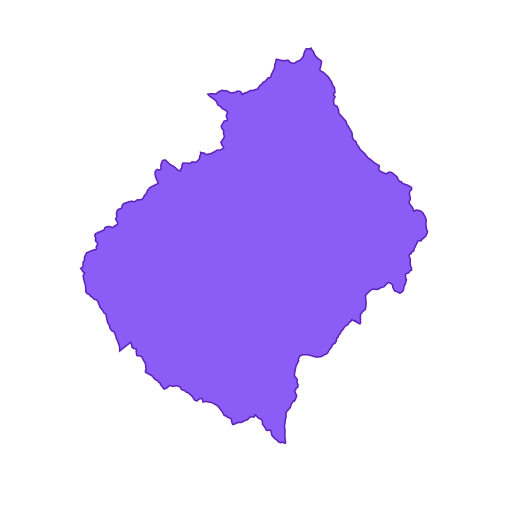 Daniel Alcides Carrion, Pasco, Peru (Natural Earth projection), rotated 346°
{"feature_id": "86281439B88138122201247", "entity_name": "Daniel Alcides Carrion", "entity_type": "district", "adm_level": 2, "iso_a3": "PER", "parent_name": "Peru", "parent_adm1": "Pasco", "projection": "natural_earth1", "projection_center": [-76.463, -10.516], "detail": "fine", "context": "isolated", "style": "filled", "palette": "violet", "viewbox_px": 512, "rotation_deg": 346, "n_neighbors": 0, "source": "geoboundaries", "source_scale": "gbopen_adm2", "svg_char_len": 6051}
<svg xmlns="http://www.w3.org/2000/svg" viewBox="0 0 512 512"><g transform="rotate(346 256 256)"><path d="M248.4,87.4L249.5,89.5L253.8,94.5L255.0,96.6L255.6,100.4L257.5,102.0L258.8,104.6L262.3,107.9L263.3,109.7L261.8,111.3L260.9,113.2L261.4,116.5L261.0,117.5L257.7,117.4L253.6,121.7L253.7,123.6L255.0,126.8L254.1,129.0L254.3,132.2L253.3,133.7L249.5,137.0L249.7,139.9L250.8,142.2L250.8,143.0L250.5,143.4L246.9,144.6L243.6,143.8L241.2,144.9L238.7,145.1L237.2,146.0L235.6,145.6L232.3,145.6L230.3,143.3L228.6,142.9L227.3,142.0L226.9,144.1L225.8,145.1L224.4,148.3L221.7,149.9L219.9,150.5L216.8,149.1L214.7,150.2L207.6,148.1L206.6,149.2L205.4,152.3L204.2,153.3L203.1,155.3L201.1,153.9L198.4,149.8L194.5,146.1L191.3,140.9L189.2,140.6L188.3,140.9L186.4,143.4L185.5,145.3L185.1,147.9L184.2,149.1L183.0,149.2L181.1,148.1L179.7,148.7L178.4,150.2L177.8,152.2L177.8,156.3L178.8,161.3L178.4,161.9L169.3,164.0L168.6,164.9L166.9,165.8L164.8,168.8L162.1,170.5L161.1,172.0L159.4,173.2L157.0,173.5L154.5,172.7L151.3,174.1L148.9,172.8L145.7,172.6L140.5,173.1L139.3,173.7L138.1,175.1L137.6,176.7L136.7,177.2L133.5,177.5L132.4,178.2L130.7,181.4L130.7,183.8L128.7,186.2L129.9,190.5L129.3,191.5L127.8,192.3L125.8,192.7L124.4,193.7L123.8,193.7L120.4,191.7L117.4,191.6L116.2,192.1L114.6,194.2L112.7,194.2L110.3,194.9L108.3,194.7L107.4,195.3L105.6,195.5L104.5,197.2L104.8,199.7L104.0,201.8L104.2,203.4L105.1,204.5L105.2,206.3L103.3,208.2L102.8,210.7L101.9,211.1L99.7,210.8L92.4,211.9L89.1,215.9L88.9,217.9L88.3,218.8L86.7,220.2L85.6,224.3L84.1,225.4L82.9,225.5L84.4,229.6L85.8,230.9L83.6,233.1L83.2,236.5L83.4,242.6L82.8,247.4L82.1,249.5L83.1,251.7L84.9,252.9L85.7,254.9L87.4,256.7L87.9,258.0L88.9,259.1L90.6,259.9L91.5,261.5L92.3,268.3L94.1,271.9L94.7,274.4L96.2,276.0L95.9,284.7L96.9,287.7L96.8,290.8L98.1,293.8L99.9,295.0L100.7,300.1L100.5,302.4L101.1,304.6L101.7,310.5L100.8,315.2L113.4,309.4L113.9,313.3L113.6,314.7L114.9,316.1L117.3,317.3L116.5,320.7L116.2,323.5L116.5,323.9L119.6,325.0L120.7,326.1L122.0,331.5L122.6,332.7L122.5,335.8L122.1,336.8L122.2,338.7L121.3,339.9L120.6,342.1L126.6,347.6L127.2,349.7L129.3,352.5L130.6,353.4L131.1,355.0L132.4,356.5L132.2,357.6L134.6,362.9L137.6,362.5L140.9,360.7L143.9,362.5L147.5,362.6L148.2,363.0L150.8,364.8L151.1,366.7L151.7,367.9L154.4,369.5L155.3,371.2L157.0,372.1L160.3,377.0L161.4,380.7L162.8,382.0L163.8,382.3L166.5,380.9L168.8,381.1L169.3,382.0L169.3,385.0L171.9,384.9L177.8,387.6L182.5,392.0L185.9,399.7L186.4,402.7L187.5,403.7L188.5,404.1L189.4,405.8L191.2,406.7L192.4,408.0L192.4,412.9L192.7,413.9L194.1,414.0L198.2,413.2L201.1,413.9L204.2,413.5L204.6,413.0L207.9,412.9L211.8,410.6L215.2,411.8L215.7,411.5L216.2,410.1L217.0,410.1L219.3,414.2L221.9,415.9L222.0,419.1L221.6,420.9L223.1,424.2L223.9,427.5L224.8,428.1L227.7,428.3L228.1,428.7L228.0,433.9L229.8,437.4L231.4,439.2L232.8,441.7L233.8,442.6L234.8,443.2L236.8,443.0L238.6,444.8L239.3,444.6L239.6,443.9L240.2,438.8L242.1,431.8L242.3,429.0L242.8,426.9L244.0,424.5L244.7,422.1L246.1,419.8L247.3,415.4L248.0,414.5L252.5,411.4L254.4,408.3L256.4,406.4L257.3,405.7L257.9,406.1L258.0,405.6L259.2,405.2L261.4,401.9L261.7,400.8L261.1,398.7L260.9,395.9L262.2,395.5L262.9,393.9L264.7,393.5L265.7,391.4L265.2,388.6L266.1,386.4L266.0,385.3L264.4,381.6L264.9,379.5L268.1,372.6L272.0,368.0L272.2,366.2L272.9,365.2L274.8,363.4L277.6,363.1L282.9,364.6L289.9,368.6L292.1,369.1L295.5,369.3L297.7,368.5L300.7,368.1L302.2,367.2L304.5,364.6L306.8,363.1L309.1,360.3L311.5,359.8L312.5,358.6L313.1,358.4L314.6,355.1L315.3,355.1L316.0,354.5L317.7,352.2L318.4,352.1L320.5,349.6L321.8,349.0L325.2,345.8L328.7,344.8L330.0,343.2L332.2,342.4L333.4,341.0L335.2,342.2L335.3,342.7L336.6,343.5L337.1,343.2L337.3,344.2L338.3,345.3L339.9,346.7L340.8,346.9L341.6,345.3L341.5,344.3L342.2,342.6L342.2,341.0L342.9,339.7L343.2,337.9L345.0,336.8L345.7,335.9L348.8,334.5L349.6,333.5L351.4,328.7L352.6,321.1L354.0,319.8L358.1,317.4L360.5,316.5L361.5,316.4L365.1,317.7L366.7,317.8L369.5,316.9L372.8,316.8L377.2,313.9L378.6,314.0L380.1,315.1L381.4,316.8L381.2,319.7L382.0,323.4L384.6,325.1L386.2,326.8L386.8,326.9L389.6,325.9L390.9,324.5L392.4,321.1L394.2,319.1L396.3,315.3L395.9,313.1L396.5,310.3L397.3,309.5L400.2,309.2L401.8,307.6L402.8,307.6L403.6,307.2L403.9,305.0L403.6,303.5L403.8,300.7L405.0,296.4L404.5,293.1L405.0,292.2L405.6,291.5L407.4,291.1L408.3,289.5L410.3,289.3L411.2,287.3L416.8,280.6L417.7,280.5L419.8,281.3L421.0,279.7L422.3,279.6L425.5,277.8L427.4,275.4L428.3,273.8L428.0,270.6L428.4,266.8L429.9,262.0L429.5,258.5L428.4,254.5L426.5,252.1L424.0,250.6L421.8,250.2L420.1,250.8L419.5,246.6L417.7,242.7L417.5,241.4L417.9,240.2L419.3,238.5L419.8,237.1L419.8,233.3L420.2,231.8L421.0,230.4L423.1,229.1L423.5,227.0L420.4,224.1L415.9,221.1L415.3,220.3L414.9,218.8L413.6,218.7L412.4,216.4L412.1,213.4L407.9,207.8L405.6,206.8L401.9,207.7L396.6,203.5L396.1,201.1L397.4,198.8L397.3,197.8L396.2,197.1L393.3,194.1L389.9,189.3L388.3,187.8L386.0,182.5L382.9,178.0L381.9,174.2L380.9,172.3L380.6,168.9L379.2,167.6L378.6,166.4L378.3,163.0L378.8,161.6L378.9,159.3L376.7,151.6L375.9,150.6L376.0,147.2L371.0,137.6L371.0,136.4L371.5,135.0L371.0,130.5L369.0,129.0L368.4,127.6L368.8,123.7L371.3,120.5L370.4,118.9L370.4,117.3L372.2,116.6L372.9,111.7L371.7,108.5L371.5,105.5L369.4,99.6L365.6,93.8L363.3,92.0L363.1,90.1L364.1,88.8L366.7,83.3L366.4,82.3L363.5,78.8L361.5,75.0L361.3,72.0L360.2,69.6L359.7,67.6L358.6,68.1L355.2,67.2L354.5,67.3L352.0,70.3L351.6,71.5L350.9,71.9L350.7,73.2L347.5,76.0L345.8,76.8L342.7,77.2L339.5,78.3L337.5,77.5L335.7,76.1L335.1,74.2L333.2,73.4L332.7,73.8L328.8,72.8L323.5,70.0L322.8,70.6L322.2,72.6L320.7,74.5L319.9,77.0L318.8,78.9L314.3,84.3L314.0,85.7L312.8,86.3L310.9,86.0L307.4,88.6L304.7,89.2L303.0,90.8L301.7,91.2L299.8,92.5L298.3,94.1L296.9,94.5L295.0,94.3L293.7,94.8L290.6,94.0L286.4,95.2L284.1,95.1L283.6,95.6L282.6,95.4L281.6,95.9L281.6,94.8L280.7,92.7L279.9,92.1L277.3,91.5L275.6,92.3L273.7,91.8L272.9,92.2L270.3,91.3L268.9,89.6L267.6,88.7L264.2,87.6L263.4,86.9L259.0,87.7L257.3,88.7L256.0,89.0L251.7,87.6L248.4,87.4Z" fill="#8b5cf6" stroke="#5b21b6" stroke-width="1.5"/></g></svg>